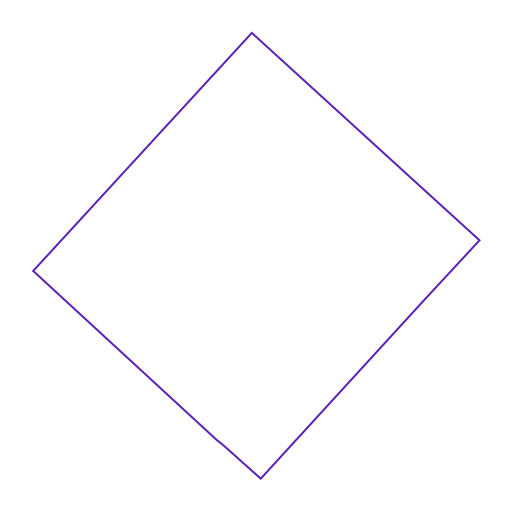 outline of Nolan, Texas, United States of America, rotated 42°
{"feature_id": "52423323B36812497972126", "entity_name": "Nolan", "entity_type": "district", "adm_level": 2, "iso_a3": "USA", "parent_name": "United States of America", "parent_adm1": "Texas", "projection": "natural_earth1", "projection_center": [-100.301, 32.303], "detail": "fine", "context": "isolated", "style": "outline", "palette": "violet", "viewbox_px": 512, "rotation_deg": 42, "n_neighbors": 0, "source": "geoboundaries", "source_scale": "gbopen_adm2", "svg_char_len": 258}
<svg xmlns="http://www.w3.org/2000/svg" viewBox="0 0 512 512"><g transform="rotate(42 256 256)"><path d="M411.6,94.8L103.6,93.0L100.4,416.2L349.4,419.0L358.6,418.5L408.5,418.3L410.4,181.4L411.6,94.8Z" fill="none" stroke="#5b21b6" stroke-width="2"/></g></svg>